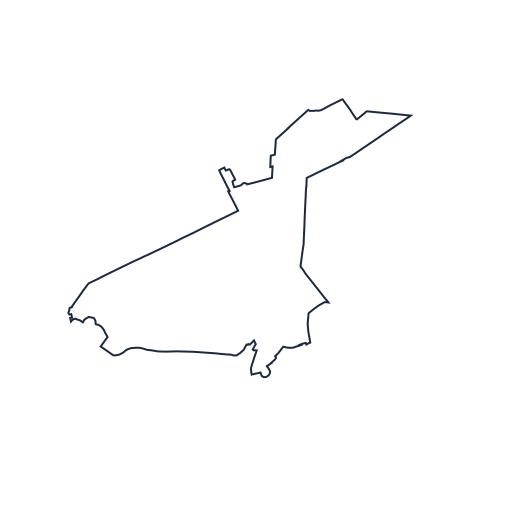 Chiajna, Bucharest, Romania (Mercator projection), rotated 158°
{"feature_id": "2599482B24366344926060", "entity_name": "Chiajna", "entity_type": "district", "adm_level": 2, "iso_a3": "ROU", "parent_name": "Romania", "parent_adm1": "Bucharest", "projection": "mercator", "projection_center": [25.969, 44.45], "detail": "fine", "context": "isolated", "style": "outline", "palette": "slate", "viewbox_px": 512, "rotation_deg": 158, "n_neighbors": 0, "source": "geoboundaries", "source_scale": "gbopen_adm2", "svg_char_len": 5661}
<svg xmlns="http://www.w3.org/2000/svg" viewBox="0 0 512 512"><g transform="rotate(158 256 256)"><path d="M258.0,349.3L258.0,348.8L258.0,348.5L258.0,348.0L257.9,346.2L257.7,344.5L257.7,343.9L257.6,343.2L257.6,342.3L257.4,340.1L257.3,339.5L257.4,339.2L257.3,338.8L257.1,336.6L256.8,332.7L256.6,330.2L256.2,327.7L256.1,326.7L256.1,326.2L257.6,326.4L256.1,310.6L255.9,308.3L255.6,304.7L256.5,304.6L257.7,304.5L258.6,304.4L260.6,304.3L272.9,303.4L280.7,302.9L295.4,301.8L296.4,301.7L298.0,301.5L302.4,301.2L304.3,301.0L312.7,300.5L318.9,300.1L321.9,299.8L330.5,299.2L340.8,298.5L350.8,297.9L370.9,296.9L375.5,296.6L403.1,294.7L410.9,294.0L413.1,293.8L417.0,293.6L420.1,293.4L420.9,293.4L421.9,293.0L422.7,292.6L429.4,288.6L432.5,286.5L435.6,284.5L440.2,281.6L445.7,278.0L445.9,277.5L448.2,277.7L449.8,275.2L451.2,273.6L451.2,272.9L450.9,271.6L449.1,271.3L449.6,267.8L451.5,268.2L452.1,264.5L451.1,265.1L449.5,265.6L448.9,265.7L447.8,265.6L446.9,265.6L445.7,264.2L444.7,263.4L443.3,262.3L442.8,261.5L441.9,260.0L441.6,259.5L441.3,259.3L440.9,259.5L440.6,259.8L439.7,260.8L439.5,261.0L438.8,261.2L437.2,261.7L436.4,261.8L434.1,262.1L433.7,262.0L433.3,261.8L431.5,260.5L429.8,259.5L429.6,259.2L429.4,258.5L429.3,257.4L429.2,256.3L429.2,255.8L429.4,255.3L430.1,253.2L430.1,252.8L429.9,252.5L429.1,252.0L428.1,251.3L427.8,251.1L427.2,250.3L426.2,248.9L425.7,247.8L425.4,247.0L425.2,246.2L424.8,244.5L424.7,243.5L424.6,241.2L424.3,239.1L424.0,236.9L424.0,236.7L424.1,236.4L433.9,230.3L427.6,220.6L425.6,217.5L423.9,216.6L421.9,216.2L419.8,215.8L418.7,215.9L417.8,215.9L415.0,216.3L411.7,217.4L409.6,217.6L408.8,217.5L407.1,217.5L405.7,217.2L400.0,215.3L397.3,213.9L394.2,211.5L392.2,209.8L387.7,207.4L383.1,204.5L378.9,202.6L377.3,201.9L374.6,200.8L365.2,197.3L349.6,190.5L330.0,180.9L325.5,178.5L322.0,176.7L320.4,175.9L317.8,174.7L315.8,173.7L314.6,172.6L313.4,172.0L311.5,171.1L308.6,171.7L307.2,171.9L305.4,172.6L302.9,173.5L302.2,173.9L302.0,174.1L301.8,174.2L300.2,175.6L299.5,176.1L298.8,176.7L298.0,177.4L296.8,176.7L296.1,177.2L294.8,176.2L289.5,178.5L289.3,175.3L289.2,174.4L289.8,174.0L290.8,173.2L294.0,170.6L293.4,169.3L293.0,169.2L292.6,169.1L290.7,168.3L291.0,167.8L294.9,163.4L299.2,158.2L300.4,156.8L302.0,154.8L302.5,153.9L302.8,153.4L303.3,152.3L304.1,149.3L304.1,149.0L304.4,147.7L303.7,147.7L303.4,147.6L302.9,147.4L301.9,147.3L300.5,147.1L298.4,146.7L297.8,146.5L296.1,146.4L295.5,146.3L295.6,145.0L295.6,143.8L295.6,143.3L295.4,142.1L295.1,142.0L294.8,141.5L294.6,141.3L294.3,140.9L293.3,140.4L292.5,140.1L291.5,140.1L290.5,140.2L288.7,140.8L288.1,141.2L287.3,141.8L286.5,143.1L286.2,143.5L286.2,143.9L286.2,144.4L286.3,145.0L286.3,145.8L286.6,147.6L287.1,149.2L287.1,149.4L287.2,149.8L283.7,150.5L282.3,150.8L282.5,151.0L277.2,152.9L275.8,153.9L275.8,154.1L275.4,155.0L275.8,155.8L275.6,156.1L275.1,156.2L274.8,156.3L273.9,156.7L272.6,157.2L271.9,157.5L271.4,157.8L266.7,160.5L265.6,161.2L264.8,161.7L264.3,161.5L264.0,161.2L263.2,160.7L262.4,160.0L261.6,159.6L261.1,159.2L259.6,158.5L258.7,158.1L257.7,157.7L256.8,157.4L256.2,157.2L254.6,156.9L253.9,157.0L253.4,157.0L252.3,157.0L251.8,156.8L250.7,156.7L249.7,156.7L249.6,157.3L248.4,157.2L248.2,156.6L247.1,156.5L247.1,156.8L247.1,157.3L246.3,157.3L244.1,157.0L242.4,156.8L242.4,155.9L242.4,155.0L239.6,155.4L239.2,155.5L238.6,155.4L238.1,155.4L235.7,166.8L235.5,167.3L233.5,173.8L228.7,183.2L228.2,183.4L225.8,184.1L223.5,184.8L221.0,185.5L217.6,186.4L215.9,186.7L212.8,187.1L209.6,187.5L208.3,186.9L207.0,186.3L206.8,186.1L206.3,185.8L206.4,186.2L207.1,188.5L208.6,193.3L208.6,193.5L209.8,197.5L210.5,199.9L210.7,200.8L211.0,201.7L211.2,202.3L211.3,202.8L212.1,205.3L212.8,207.7L213.4,209.9L214.2,212.4L214.7,214.3L215.6,217.2L216.5,220.4L217.0,222.5L217.3,224.3L218.0,227.3L218.7,228.8L218.4,229.4L218.4,230.3L218.0,230.8L216.8,232.9L213.8,238.2L211.3,242.6L209.4,245.8L207.5,249.0L205.7,253.0L205.2,254.1L202.8,259.3L199.0,267.7L196.3,273.8L195.6,275.3L193.4,280.1L189.1,289.5L187.5,292.8L186.9,294.3L185.2,298.0L184.2,300.0L183.8,300.9L183.6,300.9L179.7,309.4L170.8,310.0L170.2,310.1L168.4,310.2L160.9,310.7L150.5,311.3L141.4,311.9L141.1,311.9L141.5,312.2L140.4,312.4L138.7,312.6L137.2,312.8L136.3,313.0L135.6,313.1L131.9,312.6L129.2,313.2L126.6,313.7L125.0,314.0L122.4,314.6L118.0,315.6L114.6,316.3L112.3,316.8L104.8,318.4L102.4,318.9L100.3,319.4L99.2,319.6L96.7,320.2L95.0,320.6L92.7,321.1L90.4,321.6L89.5,321.8L85.2,322.7L81.9,323.4L76.0,324.7L73.9,325.2L73.1,325.3L69.5,326.1L66.0,326.8L63.3,327.4L60.7,328.0L59.9,328.2L62.5,329.6L63.2,329.9L64.1,330.4L64.5,330.6L66.7,331.8L67.7,332.3L69.9,333.5L70.8,333.9L73.5,335.4L78.9,338.2L83.8,340.7L85.8,341.7L86.1,341.9L91.1,344.5L93.4,345.7L94.2,346.1L96.6,347.4L98.3,348.2L99.0,348.6L99.3,348.6L99.8,348.5L102.0,347.7L110.2,345.2L110.9,345.0L111.0,344.9L111.4,345.0L111.7,345.3L111.9,346.2L112.5,349.0L113.6,354.4L113.6,354.6L114.3,358.0L115.5,362.4L116.7,367.5L116.9,368.6L117.2,368.9L118.4,368.9L127.6,368.2L131.2,367.9L137.9,367.1L139.1,367.0L141.2,366.9L142.7,367.1L144.2,367.5L145.3,368.2L148.0,368.9L151.8,370.4L152.8,371.9L178.3,362.6L178.1,362.4L193.9,356.7L195.4,353.5L200.4,343.3L200.6,342.9L204.7,343.5L207.7,337.0L209.4,333.1L207.1,332.8L211.9,322.5L227.8,324.4L237.1,325.7L237.0,326.0L238.2,327.1L239.6,328.1L240.5,328.2L240.9,328.2L241.3,328.0L242.2,327.7L243.6,327.2L245.4,327.3L246.4,327.4L250.5,327.9L250.3,331.2L250.0,333.4L249.9,333.9L249.6,334.1L249.2,334.3L249.0,334.2L246.7,334.6L247.0,338.0L247.4,342.4L247.4,342.5L247.8,345.8L247.9,346.1L248.3,346.5L249.1,346.5L250.6,346.5L251.4,346.5L251.7,346.6L252.0,346.6L252.2,349.8L254.6,349.7L256.5,349.5L258.0,349.3Z" fill="none" stroke="#1e293b" stroke-width="2"/></g></svg>